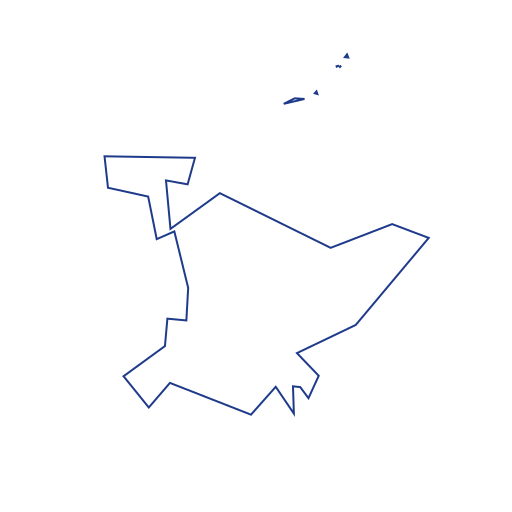 an SVG outline of India, rotated 243°
{"feature_id": "IND", "entity_name": "India", "entity_type": "country or territory", "adm_level": 0, "iso_a3": "IND", "parent_name": "Asia", "parent_adm1": "", "projection": "albers", "projection_center": [83.514, 21.122], "detail": "coarse", "context": "isolated", "style": "outline", "palette": "blue", "viewbox_px": 512, "rotation_deg": 243, "n_neighbors": 0, "source": "natural_earth", "source_scale": "50m", "svg_char_len": 767}
<svg xmlns="http://www.w3.org/2000/svg" viewBox="0 0 512 512"><g transform="rotate(243 256 256)"><path d="M98.4,218.2L130.5,214.2L116.9,179.5L182.0,121.7L169.7,91.7L209.0,83.4L217.1,134.0L240.4,148.6L230.2,164.7L258.4,181.1L315.0,194.4L316.1,175.2L357.9,186.9L384.0,155.1L413.6,166.3L371.2,246.2L350.9,227.6L364.2,210.1L319.0,192.1L328.4,252.3L229.4,326.2L222.6,391.8L193.7,418.1L149.3,313.6L150.9,248.4L120.8,257.5L105.5,238.2L119.1,235.9L123.1,229.8L98.4,218.2ZM378.9,362.1L373.9,370.5L379.0,349.8L378.9,362.1ZM394.3,428.6L391.0,428.3L392.8,425.5L394.3,428.6ZM375.2,384.6L372.5,384.2L374.3,382.3L375.2,384.6ZM386.8,416.5L386.8,418.2L386.3,416.6L386.8,416.5ZM388.5,414.0L388.0,416.3L388.1,413.9L388.5,414.0Z" fill="none" stroke="#1e3a8a" stroke-width="2"/></g></svg>